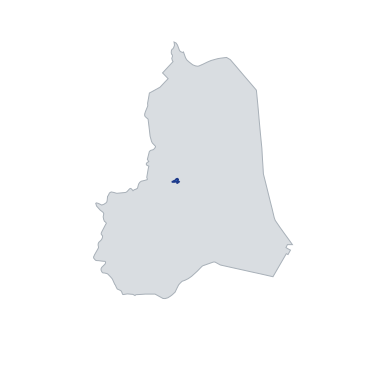 Al-Risafa, Baghdad, Iraq shown in context, rotated 224°
{"feature_id": "34846034B3571197787035", "entity_name": "Al-Risafa", "entity_type": "district", "adm_level": 2, "iso_a3": "IRQ", "parent_name": "Iraq", "parent_adm1": "Baghdad", "projection": "natural_earth1", "projection_center": [44.486, 33.326], "detail": "fine", "context": "in_parent", "style": "filled", "palette": "blue", "viewbox_px": 384, "rotation_deg": 224, "n_neighbors": 0, "source": "geoboundaries", "source_scale": "gbopen_adm2", "svg_char_len": 3985}
<svg xmlns="http://www.w3.org/2000/svg" viewBox="0 0 384 384"><g transform="rotate(224 192 192)"><path d="M161.1,77.9L163.4,77.3L167.7,73.8L170.2,70.5L170.9,70.2L173.2,71.3L174.7,71.6L178.4,70.3L180.6,71.0L182.4,71.8L183.4,71.9L188.4,73.9L189.6,74.2L192.1,74.4L195.9,74.5L198.3,73.2L200.0,71.9L201.3,71.9L202.4,72.3L203.4,72.8L204.2,73.8L204.6,75.2L204.5,79.6L204.8,80.7L205.5,81.6L206.4,81.7L207.4,80.8L209.2,79.4L211.4,77.8L213.0,76.4L214.0,75.9L215.5,76.0L216.9,76.2L217.7,76.9L217.7,77.1L218.5,79.2L220.5,86.9L221.6,87.9L222.8,88.7L223.7,89.9L224.1,91.1L224.0,92.8L224.0,94.9L224.5,96.5L225.3,97.7L225.9,98.4L226.9,98.4L228.2,98.7L229.0,99.9L231.6,108.7L231.8,109.9L232.9,110.3L234.7,110.1L236.6,111.0L238.6,112.4L240.4,115.1L241.7,115.6L245.6,115.2L250.9,115.6L253.4,117.0L253.2,117.8L251.3,118.8L247.9,119.9L246.9,121.8L246.3,124.3L246.4,125.7L247.3,127.2L249.7,130.2L249.8,131.3L250.3,132.8L250.7,133.9L250.2,135.9L248.0,137.3L245.2,138.8L239.5,145.5L239.0,147.0L239.1,151.0L238.5,152.1L236.7,152.1L235.3,151.9L235.2,153.3L234.3,155.1L233.8,156.8L235.9,160.6L236.3,162.6L236.0,164.5L234.0,167.6L232.8,169.8L233.1,170.3L234.7,171.1L239.5,178.1L241.0,180.6L243.0,179.9L243.8,180.0L244.4,180.4L244.7,181.2L244.7,182.3L244.2,183.8L246.8,184.5L247.7,186.1L250.8,191.5L250.7,193.1L249.2,195.7L249.2,197.4L249.5,199.0L250.0,199.5L254.5,199.7L256.3,200.3L261.0,203.1L266.2,207.4L270.5,210.9L274.2,213.9L278.1,213.7L279.2,214.2L280.2,215.2L281.4,217.6L283.6,223.2L285.6,225.0L288.6,229.5L291.4,233.6L289.6,239.3L287.8,245.2L287.9,252.8L287.9,256.9L291.7,257.1L295.9,257.2L296.0,262.1L296.1,267.0L296.2,272.6L297.4,272.9L299.4,274.1L300.2,275.9L301.3,276.9L302.6,277.0L303.8,277.9L305.1,279.5L305.5,280.8L305.2,281.6L305.5,283.1L306.4,285.2L307.5,286.2L309.1,287.4L306.9,288.1L304.5,287.6L299.3,285.1L297.7,285.0L295.5,286.0L295.4,286.8L290.0,284.1L288.0,283.5L287.3,283.4L284.2,283.5L279.8,284.0L277.2,285.1L275.4,286.3L274.6,287.4L274.3,288.1L272.9,291.5L271.3,295.9L269.6,299.9L266.3,305.5L264.5,308.0L260.6,312.8L256.4,313.8L246.6,312.9L235.7,311.8L224.8,310.8L216.7,310.0L216.1,309.7L208.1,302.9L201.8,297.5L194.0,290.7L186.0,283.8L177.8,276.8L171.9,271.8L164.8,265.2L158.3,259.3L153.2,254.6L146.6,250.5L141.5,247.3L134.0,242.6L128.1,238.9L122.9,235.7L115.1,230.7L112.5,229.4L104.3,227.7L96.6,226.3L88.6,224.9L83.2,223.9L86.8,220.4L85.8,217.3L83.2,217.9L80.8,218.6L79.5,213.7L81.3,213.1L79.7,206.7L78.1,200.2L76.5,193.8L74.9,187.3L81.7,183.2L86.8,180.1L93.9,175.7L100.8,171.5L107.3,167.5L114.5,163.1L120.9,159.2L126.8,157.6L128.0,156.4L130.7,151.0L133.0,146.4L133.2,145.3L133.2,138.8L133.7,131.2L134.5,127.1L135.8,123.5L137.1,120.9L137.2,118.4L137.1,115.9L135.9,112.1L134.6,108.2L134.8,104.4L135.1,102.4L135.9,99.1L137.3,96.7L138.8,95.3L144.3,93.8L147.6,92.9L152.0,88.7L154.6,86.2L158.2,82.2L160.9,79.3L161.1,78.3L161.1,77.9Z" fill="#d9dde1" stroke="#a8b0b8" stroke-width="1"/><path d="M208.6,188.3L209.0,188.6L209.3,188.9L209.4,189.1L209.5,189.3L209.5,189.6L209.2,189.6L208.9,189.6L208.7,189.6L208.3,189.8L208.3,190.0L208.4,190.3L208.4,190.5L208.5,190.5L208.9,190.5L209.3,190.3L209.6,190.2L209.8,190.1L209.9,189.9L210.0,189.8L210.4,189.9L210.4,190.2L210.4,190.6L210.4,191.0L210.5,191.4L210.6,191.5L211.0,191.5L211.4,191.6L211.6,191.6L211.8,191.5L212.0,191.3L212.0,191.2L212.2,190.9L211.9,190.5L212.0,190.3L212.1,190.2L212.2,190.4L212.2,190.5L212.3,190.5L212.4,190.3L212.4,190.1L212.4,189.9L212.4,189.6L212.4,189.4L212.3,189.1L212.3,188.8L212.3,188.6L212.3,188.3L212.3,188.2L212.5,187.9L212.6,187.6L212.8,187.6L212.9,187.3L212.9,187.1L212.9,186.9L213.0,186.6L213.1,186.4L213.0,186.2L213.3,186.0L213.4,185.9L213.3,185.7L213.2,185.7L213.2,185.8L212.9,185.9L212.8,185.7L212.7,185.8L212.6,186.0L212.2,186.3L211.9,186.6L211.5,187.0L211.4,187.2L211.3,187.3L211.2,187.4L211.1,187.5L210.9,187.9L210.8,188.1L210.5,188.3L210.4,188.5L210.2,188.5L209.9,188.6L209.7,188.7L209.5,188.4L209.2,188.1L208.9,188.0L208.7,188.2L208.6,188.3Z" fill="#3b82f6" stroke="#1e3a8a" stroke-width="1.5"/></g></svg>